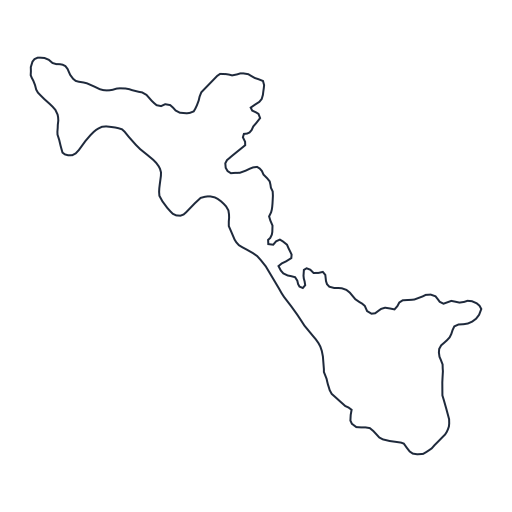 the district of Lago De Amatitlan, Guatemala
{"feature_id": "79465075B78554632874353", "entity_name": "Lago De Amatitlan", "entity_type": "district", "adm_level": 2, "iso_a3": "GTM", "parent_name": "Guatemala", "parent_adm1": "", "projection": "mercator", "projection_center": [-90.569, 14.455], "detail": "fine", "context": "isolated", "style": "outline", "palette": "slate", "viewbox_px": 512, "rotation_deg": 0, "n_neighbors": 0, "source": "geoboundaries", "source_scale": "gbopen_adm2", "svg_char_len": 4508}
<svg xmlns="http://www.w3.org/2000/svg" viewBox="0 0 512 512"><path d="M401.0,442.6L403.8,443.6L406.8,447.8L409.7,451.5L412.8,453.6L417.3,454.3L423.1,453.9L426.2,452.1L428.8,450.4L431.7,448.4L434.5,445.2L437.9,441.8L443.0,436.6L445.1,434.5L446.7,432.0L447.9,429.4L448.9,426.5L449.2,423.5L449.1,419.2L448.0,415.1L446.3,408.8L443.8,400.0L442.4,395.4L442.3,382.3L442.5,378.3L442.9,371.3L442.7,368.3L442.6,364.5L440.8,359.8L439.5,356.8L438.9,352.5L439.2,348.9L441.2,345.3L443.9,343.0L447.1,340.1L449.6,337.4L451.3,334.0L452.6,330.0L454.3,326.4L458.5,324.5L463.7,324.2L467.9,323.5L472.2,321.6L476.1,318.7L479.1,314.8L481.3,309.0L479.5,305.7L476.7,303.3L471.9,301.2L467.5,300.8L464.2,301.9L459.5,302.6L454.9,301.6L451.3,300.9L447.4,302.3L443.5,303.7L439.7,301.8L438.1,299.6L435.5,296.3L430.7,294.6L425.7,294.9L422.7,296.4L414.4,299.5L411.7,299.8L406.0,300.1L402.7,300.3L399.3,302.5L397.4,306.1L394.5,309.4L390.1,308.5L385.1,307.7L381.1,308.9L378.6,310.7L375.1,313.3L371.5,313.7L367.1,311.1L365.9,308.4L364.8,305.9L362.1,303.6L359.5,302.1L355.3,299.2L349.8,292.6L346.4,289.9L341.9,288.3L338.6,288.0L334.2,288.0L329.3,286.7L327.0,284.2L326.0,281.1L325.3,274.9L322.8,271.9L318.6,272.9L313.6,273.0L310.3,269.7L306.6,268.3L303.9,269.9L303.5,275.7L303.8,278.5L304.6,281.4L305.2,285.2L302.8,288.0L299.5,286.6L298.1,284.1L297.3,280.7L295.1,277.2L290.9,276.1L287.7,275.5L283.3,273.4L280.8,270.5L278.5,266.1L281.8,263.4L286.0,261.4L291.3,258.1L291.6,254.6L290.3,251.8L288.5,248.2L287.0,244.7L283.0,241.5L279.9,239.6L276.1,241.3L273.2,244.7L268.3,244.1L268.1,239.9L270.2,238.0L271.8,234.7L272.3,232.0L272.5,225.6L270.3,220.4L269.1,216.4L271.1,212.3L271.8,209.6L272.2,206.9L272.5,203.5L272.7,199.9L272.9,195.8L272.7,191.5L270.9,187.7L270.5,184.9L269.7,181.4L267.2,178.3L263.5,174.6L261.9,171.0L259.8,168.6L257.1,166.9L253.1,167.4L249.8,168.7L245.6,170.7L239.8,172.8L234.7,172.9L230.9,173.2L227.6,171.1L225.7,167.8L225.3,163.3L227.0,160.1L232.7,155.3L245.2,145.2L245.1,141.8L242.9,137.3L243.9,133.9L247.0,133.6L249.5,132.5L251.6,130.1L253.3,126.4L256.1,123.2L260.1,118.1L258.5,113.9L255.9,112.3L252.2,110.6L250.7,107.6L252.9,106.1L255.2,104.5L259.3,101.9L261.7,99.0L262.9,94.9L263.3,91.6L263.8,88.1L264.1,85.1L263.0,81.0L258.5,79.2L254.8,78.0L250.6,75.6L248.3,74.2L243.4,73.4L240.3,73.4L237.1,74.4L232.1,75.4L229.1,74.6L225.9,74.1L220.1,73.9L217.2,75.9L203.4,90.1L201.3,92.3L199.6,96.6L198.7,100.5L196.9,105.3L195.3,108.7L193.7,111.4L189.8,112.9L186.8,113.3L179.8,112.7L175.6,110.5L173.1,107.7L170.2,105.1L165.2,104.2L161.1,106.1L156.6,105.2L154.1,103.1L151.7,100.8L146.5,94.9L142.1,92.4L138.7,91.8L131.9,90.1L129.3,89.2L125.5,88.5L119.8,88.3L116.6,88.6L112.6,89.8L109.3,90.3L106.6,90.4L103.2,90.1L99.8,89.2L94.4,86.6L86.9,83.3L83.6,82.5L78.6,81.7L75.7,80.9L73.1,78.8L70.2,74.9L68.8,71.8L67.6,69.0L65.4,66.1L62.6,64.7L59.9,64.2L56.2,64.1L52.5,63.0L48.8,59.8L44.5,58.0L40.6,57.7L37.6,57.7L34.5,59.1L32.5,61.6L30.8,67.1L30.9,71.3L30.7,75.2L31.7,77.7L33.3,80.7L35.0,85.0L36.2,89.6L37.9,92.6L40.2,95.0L44.2,99.0L49.7,103.9L52.6,106.7L55.4,109.9L57.6,114.6L58.1,117.3L58.3,120.6L57.8,124.9L57.7,128.0L57.4,131.6L57.5,134.6L59.2,139.9L60.5,145.4L61.3,148.4L62.5,152.6L64.9,154.4L68.2,155.3L72.3,155.2L75.7,153.4L78.8,150.1L85.5,140.9L90.5,135.1L93.8,131.8L96.1,129.9L98.4,128.5L101.9,126.8L106.1,126.4L110.6,126.9L115.2,127.5L118.4,128.2L122.0,129.3L124.6,131.7L128.8,136.9L135.8,144.8L140.1,149.1L147.8,155.3L153.3,159.9L156.3,163.0L158.7,166.3L160.0,168.8L161.0,172.4L160.9,175.9L159.7,184.9L159.3,188.2L159.1,191.8L159.4,195.8L162.4,201.3L167.2,207.8L170.5,211.5L172.8,213.8L176.2,215.4L180.4,215.7L183.6,214.5L186.1,212.3L194.9,203.2L197.7,200.6L200.6,197.9L204.8,196.8L207.6,196.4L210.3,196.4L214.8,197.4L217.7,198.9L221.0,201.3L223.7,203.8L226.1,206.4L228.4,210.4L229.0,214.4L229.1,217.8L228.8,221.5L228.8,226.1L230.8,230.7L233.2,236.3L234.6,239.6L236.3,242.3L238.9,245.2L242.4,247.3L246.9,249.7L252.9,253.1L257.2,256.1L260.7,260.0L265.8,266.4L278.9,288.4L281.6,293.2L284.0,296.9L291.3,306.4L297.2,314.6L301.3,320.8L304.4,325.6L312.4,335.3L315.7,339.2L318.4,343.0L320.3,346.5L321.8,350.9L322.9,356.5L323.9,369.2L323.9,372.0L325.1,375.0L326.6,378.9L327.2,381.6L327.9,384.4L328.8,387.2L329.7,390.2L331.7,393.9L334.3,396.2L337.2,398.8L340.3,401.6L342.9,403.9L345.2,406.0L348.5,407.5L351.6,409.8L350.7,414.9L350.4,420.6L351.9,423.8L356.3,427.1L361.2,427.4L365.5,427.4L369.8,428.1L373.3,431.0L376.1,434.0L379.3,437.5L382.9,439.4L385.9,440.1L389.6,441.0L395.4,441.8L401.0,442.6Z" fill="none" stroke="#1e293b" stroke-width="2"/></svg>